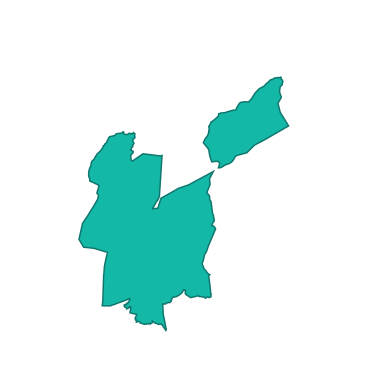 Almoloya de Alquisiras, México, Mexico, rotated 232°
{"feature_id": "50627088B93704766177629", "entity_name": "Almoloya de Alquisiras", "entity_type": "district", "adm_level": 2, "iso_a3": "MEX", "parent_name": "Mexico", "parent_adm1": "México", "projection": "natural_earth1", "projection_center": [-99.868, 18.807], "detail": "fine", "context": "isolated", "style": "filled", "palette": "teal", "viewbox_px": 384, "rotation_deg": 232, "n_neighbors": 0, "source": "geoboundaries", "source_scale": "gbopen_adm2", "svg_char_len": 5929}
<svg xmlns="http://www.w3.org/2000/svg" viewBox="0 0 384 384"><g transform="rotate(232 192 192)"><path d="M275.0,182.3L274.7,181.5L274.8,180.9L274.9,180.7L275.1,180.5L275.3,180.1L275.3,179.5L275.4,179.3L275.8,179.3L276.2,179.3L276.7,179.1L276.9,178.8L277.0,178.4L277.0,177.7L277.0,177.4L277.0,176.9L277.1,176.4L277.4,176.0L278.4,174.9L278.9,174.6L279.3,174.2L279.9,174.2L280.4,174.1L280.7,174.3L280.8,174.6L281.0,174.9L281.4,175.1L281.6,175.0L281.8,174.9L282.0,172.1L282.2,171.8L283.0,170.8L283.9,169.3L284.4,168.5L284.4,167.7L284.2,167.1L284.1,166.6L284.3,165.9L284.3,165.4L284.4,165.0L284.8,164.6L284.8,164.1L285.0,163.6L285.7,162.5L286.2,161.4L286.2,161.1L286.1,160.7L286.1,160.2L286.1,159.9L285.9,159.4L285.5,159.0L285.3,158.7L285.0,158.0L285.0,157.4L283.7,155.4L283.6,154.6L283.5,153.3L283.4,152.8L283.3,152.5L282.9,152.0L282.7,151.7L283.0,150.7L282.9,150.3L282.5,150.1L282.2,149.9L282.1,149.5L281.8,148.8L281.0,145.8L280.8,145.1L280.5,142.5L280.4,140.9L280.2,140.1L279.2,137.5L278.7,136.2L278.3,135.6L278.1,134.8L278.0,132.9L277.8,132.2L277.5,131.4L277.0,130.5L275.7,129.4L275.1,128.9L274.6,127.7L274.4,127.6L274.2,127.3L274.0,126.5L272.7,124.5L271.3,123.0L270.6,122.3L269.9,121.7L269.1,121.1L268.3,120.5L267.0,119.9L265.8,119.7L265.3,119.5L264.5,119.0L263.7,118.2L262.8,118.6L255.5,122.4L254.6,122.6L254.1,122.3L253.8,121.8L252.4,120.3L249.8,116.4L248.0,116.4L247.0,116.3L246.1,115.4L244.4,113.1L243.9,112.0L241.0,104.8L240.6,103.5L236.7,93.1L236.4,91.5L235.2,88.1L234.7,86.5L224.3,73.8L215.2,72.6L208.4,79.7L196.4,88.3L195.5,87.1L192.1,82.7L186.9,76.8L182.3,72.7L182.0,72.3L180.3,70.7L162.1,55.5L161.5,55.1L157.6,51.2L153.1,56.8L152.6,57.5L151.7,60.4L151.3,61.2L149.6,66.9L149.1,68.2L148.8,69.4L148.6,69.7L148.1,71.5L147.2,74.2L146.4,77.2L145.8,77.1L145.7,76.4L145.0,76.0L144.5,74.6L144.1,73.2L144.4,71.8L144.5,71.7L144.2,71.5L143.9,71.4L143.7,71.2L143.7,70.9L143.9,70.8L144.2,70.0L144.3,69.8L144.6,69.7L144.7,69.2L144.4,68.7L143.6,68.2L142.7,68.3L142.2,68.4L141.3,69.0L140.2,69.4L140.0,68.9L139.6,69.9L139.8,70.8L139.9,71.0L139.5,71.7L139.9,72.6L139.3,72.9L138.2,72.4L138.1,72.1L137.7,71.6L137.1,71.3L136.8,70.8L136.7,70.4L136.2,70.0L136.0,69.7L135.0,68.8L133.8,69.6L130.1,72.7L129.5,73.1L129.2,72.7L128.4,71.3L128.3,70.8L127.7,69.7L127.1,69.1L125.9,69.4L125.5,68.7L124.2,69.1L123.7,68.2L123.4,68.9L123.3,69.3L123.2,69.7L122.9,69.9L122.5,70.5L122.0,70.6L121.6,70.8L120.6,70.6L120.3,70.7L119.6,71.4L118.8,71.8L118.2,72.3L117.6,72.7L117.2,72.8L117.0,73.1L116.9,73.6L116.3,74.2L116.0,74.7L116.0,75.3L115.4,76.1L115.0,76.1L114.9,76.4L115.1,76.8L115.0,77.0L114.8,77.1L114.6,77.4L114.1,77.6L114.1,77.9L113.6,77.9L113.7,78.3L113.7,78.7L113.4,80.0L114.0,81.0L114.6,81.3L111.6,82.1L108.3,84.2L106.7,86.6L99.0,86.2L99.5,87.1L113.4,94.1L121.8,99.9L120.5,101.5L119.9,103.2L119.8,104.8L119.5,105.1L119.1,105.9L118.5,106.4L118.8,108.6L119.4,109.1L119.9,109.8L120.0,110.1L120.4,110.3L120.8,111.9L120.6,112.5L119.3,115.0L118.7,118.0L118.8,120.5L118.7,121.3L118.7,121.6L120.0,125.5L119.1,125.6L118.6,126.4L116.3,124.3L115.3,124.0L109.6,125.9L106.3,133.2L106.2,133.1L105.9,133.0L104.9,133.6L104.5,134.0L104.2,134.5L103.9,134.8L103.6,135.3L103.2,135.5L102.8,135.7L102.2,136.5L101.8,136.8L100.7,137.0L100.3,137.2L100.0,137.4L99.9,137.7L99.9,138.2L100.1,138.6L100.0,139.0L99.8,139.3L99.6,139.7L99.4,139.8L99.0,140.0L98.7,140.3L98.2,140.7L98.0,141.1L97.8,141.8L97.8,142.3L98.0,142.7L99.8,143.9L99.8,144.1L100.0,144.0L108.1,149.1L115.8,153.6L115.9,155.1L117.6,154.4L118.7,154.3L120.2,154.4L121.4,154.5L123.4,154.3L125.0,154.5L126.6,155.1L129.2,155.7L131.1,158.7L132.1,160.0L134.7,163.0L136.2,166.8L139.4,171.7L145.2,182.1L148.3,187.8L149.4,188.1L151.9,188.1L153.3,186.9L154.7,188.7L155.1,190.6L155.6,191.7L157.0,192.8L158.6,193.4L160.7,194.7L162.0,194.8L173.0,201.2L173.8,201.0L175.7,201.6L177.2,202.9L178.7,203.4L181.1,203.3L182.6,203.6L186.8,210.9L191.6,213.9L195.0,221.4L199.8,193.4L203.2,183.7L204.9,171.6L206.2,163.8L200.1,154.8L200.6,154.3L201.4,153.3L202.9,150.7L203.1,150.6L204.1,153.0L206.0,157.4L206.6,159.5L206.9,160.3L207.2,160.9L208.0,162.5L208.4,163.4L239.3,190.9L239.9,189.3L252.3,176.9L253.0,164.6L253.1,164.0L254.6,163.8L255.7,164.3L258.6,166.3L259.3,169.9L260.2,170.7L262.9,169.5L263.1,170.4L263.6,170.8L263.8,171.2L264.3,173.3L265.3,173.5L265.4,174.3L265.6,174.7L265.9,176.1L266.2,176.3L268.4,176.7L269.7,177.5L270.0,178.1L269.7,179.0L269.7,179.5L269.9,180.3L270.5,180.9L272.4,181.9L272.8,182.8L275.0,182.3ZM216.3,231.4L214.7,231.1L211.6,229.4L209.9,228.4L206.7,227.2L205.3,226.6L203.4,226.2L202.6,227.8L202.2,228.6L201.1,230.1L200.2,231.3L198.7,231.5L197.4,231.4L194.8,227.7L193.5,229.7L193.1,232.1L193.1,233.0L193.0,233.8L192.5,236.0L191.7,238.1L191.5,239.1L191.2,241.1L191.2,241.7L191.9,244.7L192.4,246.0L192.7,246.7L193.3,247.8L193.4,248.4L193.3,249.4L193.1,250.0L189.2,259.3L190.5,270.2L188.5,281.0L184.6,308.8L200.6,310.6L209.0,314.4L211.6,320.7L217.2,322.7L218.8,324.5L219.9,325.3L220.7,326.7L220.7,327.3L220.9,327.8L221.0,328.4L220.9,329.1L221.7,329.7L222.2,330.3L222.6,331.0L223.1,331.5L223.9,332.0L224.4,332.1L225.3,332.0L226.6,331.9L226.9,332.1L227.2,332.4L227.5,332.8L227.7,332.7L228.0,332.3L228.3,331.4L229.0,330.3L229.6,329.7L230.8,327.5L231.1,326.6L231.1,325.5L231.3,324.7L231.6,324.2L231.7,323.4L232.1,322.5L231.8,320.5L231.5,319.4L231.7,317.5L231.3,315.5L231.0,314.9L231.2,313.4L232.0,308.5L231.2,303.0L228.7,295.8L228.2,291.8L230.4,289.5L232.8,285.2L232.5,283.4L231.1,279.6L229.8,277.3L230.3,275.9L231.1,274.8L232.3,272.0L232.7,270.9L233.6,268.7L234.4,266.5L236.5,263.3L237.2,261.1L235.7,259.7L235.3,257.0L235.2,252.5L235.3,249.9L234.3,248.2L234.1,248.1L234.0,247.7L233.9,247.4L233.7,246.5L233.3,245.5L231.7,244.8L231.5,244.6L231.1,244.4L230.9,244.2L230.7,243.8L229.5,242.5L229.3,242.4L229.0,242.6L228.8,242.6L228.8,242.4L229.0,242.1L227.5,240.3L227.3,239.8L227.2,239.7L226.8,238.9L226.2,236.4L226.0,236.1L225.8,235.1L223.9,231.3L216.3,231.4Z" fill="#14b8a6" stroke="#0f766e" stroke-width="1.5"/></g></svg>